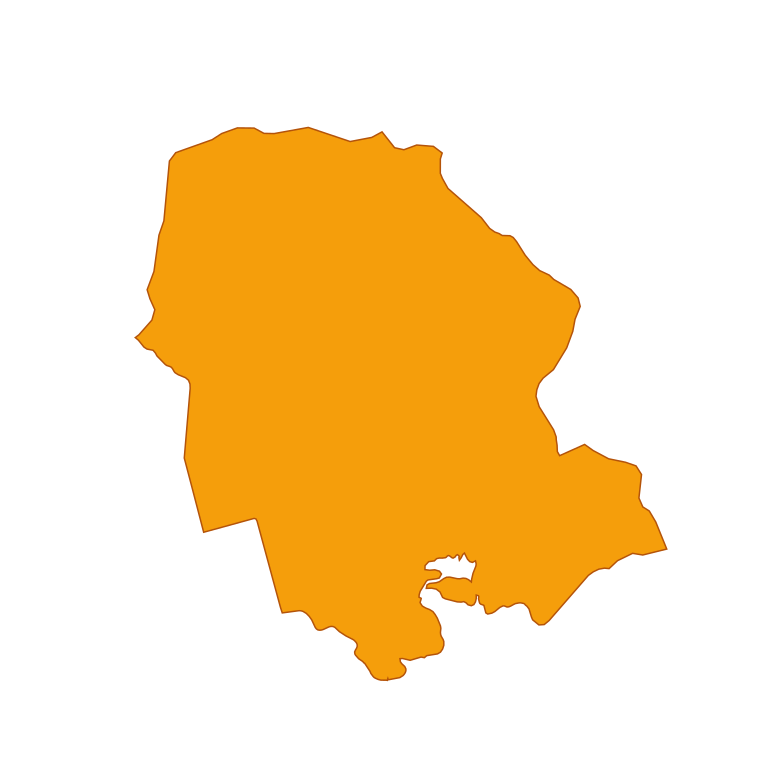 map outline of Khuzestan (Albers equal-area conic projection), rotated 344°
{"feature_id": "IRN-3219", "entity_name": "Khuzestan", "entity_type": "Province", "adm_level": 1, "iso_a3": "IRN", "parent_name": "Iran", "parent_adm1": "", "projection": "albers", "projection_center": [48.994, 31.501], "detail": "fine", "context": "isolated", "style": "filled", "palette": "amber", "viewbox_px": 768, "rotation_deg": 344, "n_neighbors": 0, "source": "natural_earth", "source_scale": "10m", "svg_char_len": 3697}
<svg xmlns="http://www.w3.org/2000/svg" viewBox="0 0 768 768"><g transform="rotate(344 384 384)"><path d="M256.4,603.3L254.5,603.0L252.7,602.2L251.5,600.8L250.8,599.0L249.5,590.8L248.1,586.8L246.1,583.1L243.4,580.2L241.8,579.2L240.0,578.5L223.1,576.0L222.9,570.3L224.2,480.8L223.7,478.4L222.1,477.4L169.8,476.8L170.9,431.9L171.6,400.1L196.5,334.7L197.5,330.5L197.1,326.5L194.9,323.2L188.8,318.4L186.3,315.6L185.7,314.2L184.9,310.9L184.1,309.2L182.9,308.1L180.1,306.2L179.0,304.7L173.5,294.5L172.8,291.2L171.3,287.9L165.8,285.1L163.4,282.3L160.0,274.2L157.7,270.8L161.9,269.2L178.5,258.6L184.2,249.4L182.5,237.6L182.3,228.1L193.9,212.4L208.7,178.9L217.4,166.5L239.2,110.5L247.6,104.2L286.1,101.8L297.0,98.5L313.6,97.4L329.7,102.2L337.7,110.0L347.4,113.0L381.9,116.5L418.3,141.6L440.2,143.6L451.6,141.1L459.3,159.8L467.7,164.3L481.3,163.3L497.0,169.2L503.6,178.0L500.2,183.2L496.2,197.0L496.8,202.5L499.4,213.7L523.4,251.0L528.4,263.5L532.3,268.4L536.2,271.2L538.5,273.8L546.0,276.2L548.6,278.8L550.7,283.7L555.2,299.1L560.0,310.2L564.9,317.9L572.9,324.9L576.0,330.3L589.6,344.6L594.3,354.8L594.0,363.5L585.5,374.4L580.0,385.4L569.6,399.6L550.8,416.9L538.6,422.2L533.2,426.3L529.3,431.7L526.7,437.7L526.9,448.6L534.4,474.8L534.9,482.3L534.2,485.1L533.5,490.6L532.0,496.7L533.1,501.3L560.2,497.4L566.7,505.6L579.3,517.8L594.6,525.8L603.7,532.2L606.6,542.0L597.6,563.9L598.9,573.5L604.0,579.2L607.2,591.5L610.3,620.6L585.6,619.7L576.3,615.3L559.8,618.2L549.5,623.5L545.2,621.8L539.5,621.2L533.5,622.2L527.7,624.3L477.5,656.9L471.7,659.4L466.5,658.3L461.9,651.7L461.5,648.7L461.4,640.3L460.2,637.1L459.0,635.4L458.6,634.4L458.0,633.6L456.2,632.6L454.7,631.9L453.2,631.6L449.7,631.3L448.0,631.6L444.5,632.4L442.6,632.6L440.8,632.3L438.5,630.5L437.1,630.1L433.8,630.7L427.8,633.3L424.5,634.0L420.3,633.7L418.8,632.1L419.0,624.4L418.5,623.9L416.3,622.3L415.6,621.2L415.5,620.2L415.6,617.4L415.8,616.0L416.5,614.8L416.4,613.6L414.5,612.3L413.6,615.5L411.9,618.6L409.6,620.8L406.8,621.2L403.9,619.4L402.6,617.0L400.8,615.2L398.0,614.9L394.3,613.6L383.7,607.4L381.5,605.3L380.5,599.4L377.7,595.6L373.5,593.4L368.3,592.1L370.0,589.0L372.7,588.3L379.2,589.4L382.7,589.3L387.9,587.5L390.9,587.0L394.1,587.8L400.7,591.3L403.0,592.1L406.5,592.4L409.2,593.5L411.4,595.5L413.4,598.4L414.4,595.9L417.4,590.5L422.1,584.4L423.0,582.4L423.2,579.2L419.9,579.9L417.5,578.4L416.0,575.5L414.7,568.7L412.8,569.6L410.3,572.3L407.9,574.2L408.1,571.8L408.3,571.2L408.9,570.4L407.6,568.3L406.2,568.6L404.6,569.9L402.4,570.4L401.4,569.7L399.6,567.2L398.5,566.6L397.5,566.8L396.0,567.7L395.2,567.9L392.0,567.4L389.1,566.5L386.4,566.4L383.7,567.9L378.0,567.1L373.4,569.9L372.2,573.7L376.6,575.6L381.6,576.6L385.7,579.2L386.9,582.5L383.7,585.7L381.0,585.7L372.4,584.5L370.5,585.1L361.7,593.2L361.1,594.1L359.7,596.3L358.9,598.6L360.7,600.3L360.0,601.6L359.0,603.1L358.4,604.1L359.6,608.0L362.4,610.9L365.7,613.4L368.3,616.3L369.6,619.6L370.7,623.8L371.6,632.1L371.3,634.5L369.8,638.3L369.4,640.4L369.5,642.3L370.4,645.9L370.5,648.0L369.5,651.6L367.3,654.9L364.4,657.3L361.1,658.2L350.2,656.9L347.4,658.2L344.3,656.7L333.0,656.8L326.2,653.0L323.6,652.4L323.2,655.6L324.0,657.8L326.1,661.3L326.5,663.9L326.0,665.7L324.9,667.3L323.4,668.6L322.0,669.5L318.3,670.6L306.5,669.5L306.5,668.2L305.7,669.3L305.5,669.8L304.4,669.3L299.4,667.8L297.0,666.4L294.8,664.6L293.7,663.5L293.0,662.3L291.6,658.7L291.3,656.2L288.4,647.0L287.9,646.7L287.0,644.8L283.9,641.1L281.9,636.8L281.6,635.5L281.9,633.5L283.2,631.9L284.7,630.5L285.9,628.9L286.4,627.0L286.1,625.0L285.2,623.1L284.2,621.5L278.0,615.7L272.9,609.8L269.7,604.4L268.2,603.1L266.2,602.4L264.2,602.3L258.3,603.2L256.4,603.3Z" fill="#f59e0b" stroke="#b45309" stroke-width="1.5"/></g></svg>